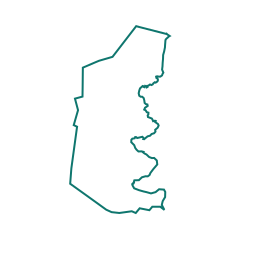 Martin, North Carolina, United States of America (Equal Earth projection), rotated 66°
{"feature_id": "52423323B59070607035282", "entity_name": "Martin", "entity_type": "district", "adm_level": 2, "iso_a3": "USA", "parent_name": "United States of America", "parent_adm1": "North Carolina", "projection": "equal_earth", "projection_center": [-77.075, 35.865], "detail": "fine", "context": "isolated", "style": "outline", "palette": "teal", "viewbox_px": 256, "rotation_deg": 66, "n_neighbors": 0, "source": "geoboundaries", "source_scale": "gbopen_adm2", "svg_char_len": 2110}
<svg xmlns="http://www.w3.org/2000/svg" viewBox="0 0 256 256"><g transform="rotate(66 128 128)"><path d="M217.7,128.0L217.4,128.1L217.2,128.1L212.0,128.4L209.4,126.4L209.1,126.2L208.6,125.6L206.2,122.2L201.6,120.0L198.9,120.2L196.6,124.5L197.8,128.9L197.1,133.6L194.1,137.2L192.3,139.6L189.3,143.2L185.6,146.9L182.3,147.2L181.0,147.0L180.4,145.6L180.8,145.4L180.2,144.6L179.4,144.4L178.4,143.5L178.9,142.2L180.1,139.3L178.7,135.3L179.2,131.7L180.2,129.6L179.7,127.4L178.1,125.7L175.8,121.5L173.2,116.1L169.4,114.9L166.0,116.3L165.2,118.4L163.1,120.5L159.7,121.9L158.1,123.2L156.1,124.3L155.9,123.8L154.8,125.2L153.7,128.0L151.4,129.0L149.2,129.5L146.2,129.3L142.3,130.8L140.1,129.7L139.5,128.4L140.1,126.1L139.2,125.1L139.7,124.2L140.9,123.7L141.5,120.4L141.9,118.4L143.7,117.8L144.3,118.5L144.8,117.8L144.4,116.5L143.6,113.5L144.0,110.9L143.1,108.9L143.4,106.3L142.5,104.4L140.7,103.9L139.8,100.8L138.2,99.0L136.6,99.0L133.7,100.7L132.9,99.8L132.3,100.4L132.0,102.3L130.3,102.2L129.0,102.4L127.0,104.4L126.1,105.3L124.5,104.9L123.9,103.9L122.3,103.1L121.2,104.4L119.0,104.7L117.8,105.7L116.4,104.2L116.1,102.4L115.8,101.0L114.4,100.7L113.5,101.9L111.9,102.6L109.4,101.9L107.1,101.5L105.2,102.3L104.6,103.7L103.1,104.6L100.6,104.1L98.4,102.5L96.7,100.9L95.8,98.2L95.6,97.5L96.4,96.6L96.9,96.9L97.5,96.3L97.1,95.8L96.5,95.2L97.8,94.1L98.5,94.3L98.5,93.5L97.8,93.2L97.4,93.1L97.6,92.5L97.5,91.7L97.2,90.2L98.3,89.1L98.2,87.7L97.5,86.6L97.1,84.9L97.8,84.3L97.6,82.9L97.3,82.0L96.3,81.1L94.9,80.9L93.8,81.7L92.5,81.4L92.6,80.4L93.7,78.8L94.2,77.5L93.8,75.5L92.7,74.5L91.8,73.2L88.5,73.1L85.7,71.4L82.7,69.9L79.1,67.9L75.6,66.2L72.7,63.8L69.3,61.4L67.5,60.5L65.3,59.3L64.2,58.7L63.7,58.5L62.5,57.6L61.9,56.2L61.5,54.8L61.0,53.6L60.9,52.5L58.4,54.1L57.5,54.4L57.6,54.8L40.2,76.8L38.3,79.1L56.7,113.2L54.8,127.1L54.7,131.2L54.5,144.7L72.4,152.9L80.8,156.8L79.6,164.5L91.4,166.4L103.3,176.4L106.1,174.0L141.9,196.2L155.4,203.5L179.0,189.7L193.8,181.1L198.2,177.2L202.1,170.5L205.6,158.4L208.8,155.5L206.1,150.0L211.8,141.9L209.8,137.8L213.0,130.6L217.7,128.0Z" fill="none" stroke="#0f766e" stroke-width="2"/></g></svg>